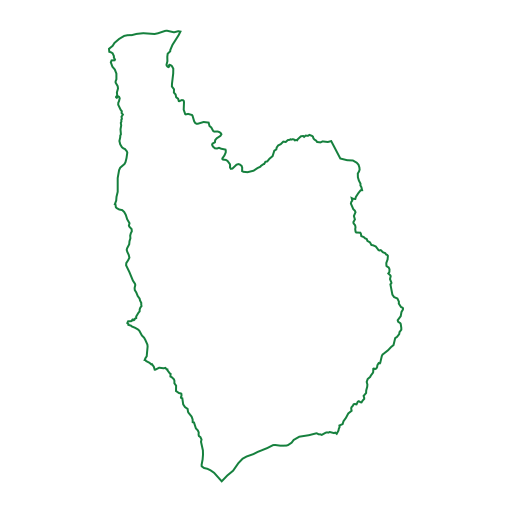 Sáchica, Boyacá, Colombia (Natural Earth projection)
{"feature_id": "7082276B53225686763348", "entity_name": "Sáchica", "entity_type": "district", "adm_level": 2, "iso_a3": "COL", "parent_name": "Colombia", "parent_adm1": "Boyacá", "projection": "natural_earth1", "projection_center": [-73.547, 5.577], "detail": "fine", "context": "isolated", "style": "outline", "palette": "green", "viewbox_px": 512, "rotation_deg": 0, "n_neighbors": 0, "source": "geoboundaries", "source_scale": "gbopen_adm2", "svg_char_len": 6060}
<svg xmlns="http://www.w3.org/2000/svg" viewBox="0 0 512 512"><path d="M340.3,158.5L331.2,141.1L327.8,142.0L322.6,141.4L320.5,142.4L317.1,142.0L316.2,140.7L314.5,139.6L313.5,138.5L312.9,136.6L312.0,135.9L309.4,134.9L308.0,135.8L305.6,135.6L304.1,136.9L303.2,136.0L300.9,136.3L297.6,139.4L297.2,140.3L296.0,140.0L294.9,140.4L294.2,139.6L292.8,139.2L291.3,139.6L290.5,139.3L289.7,139.8L287.8,140.1L285.7,142.0L283.3,141.6L280.7,144.2L278.2,145.4L276.7,147.5L276.3,149.4L274.3,150.7L272.6,156.1L269.4,158.8L267.3,161.4L265.4,161.8L264.2,164.0L263.7,164.0L260.9,165.9L260.4,166.7L257.6,168.0L253.6,170.7L247.5,172.2L243.4,171.8L242.1,171.1L242.2,167.7L241.6,165.9L239.8,164.5L238.4,164.1L236.5,164.7L232.4,168.6L230.8,168.8L230.0,167.4L230.1,165.0L229.8,164.0L227.5,160.9L225.8,159.9L223.0,159.6L222.3,158.9L222.4,158.3L224.4,155.5L225.7,152.5L225.8,150.7L225.5,149.6L221.1,148.7L219.0,147.8L217.0,148.5L214.9,148.3L212.9,146.5L212.1,144.8L212.5,143.6L214.9,142.3L215.2,140.1L216.7,138.3L220.4,135.9L221.4,134.3L221.0,133.4L219.6,132.2L217.7,131.5L214.2,131.6L213.1,130.9L211.3,127.5L209.5,126.0L208.6,122.6L203.6,122.0L198.0,123.7L196.7,123.8L195.3,123.1L194.2,121.4L192.5,115.7L192.0,115.0L188.1,113.9L185.7,114.4L185.2,114.1L183.7,109.7L184.0,102.1L183.7,100.8L183.0,100.2L181.7,100.1L179.3,101.2L178.8,101.1L178.1,98.7L176.2,97.3L175.6,94.5L173.9,92.6L174.0,89.3L171.9,86.5L172.0,83.6L173.2,73.5L173.3,68.7L171.9,66.1L170.7,65.2L169.4,64.8L169.0,65.3L169.1,66.6L168.5,67.1L167.6,66.7L166.7,65.6L166.5,64.8L167.4,61.2L167.3,56.7L167.7,53.7L170.2,51.3L170.3,50.0L172.5,44.8L178.6,35.2L180.4,31.6L178.3,31.2L174.0,32.3L166.9,30.7L165.1,30.9L157.9,33.3L154.5,34.0L143.3,33.2L136.6,33.9L131.9,35.1L127.6,35.2L124.2,35.9L119.3,38.8L114.5,42.9L112.6,45.9L109.0,48.8L109.3,51.8L111.2,52.4L112.6,53.3L113.9,56.1L113.9,57.6L115.0,59.6L114.6,60.3L111.6,60.4L110.8,62.3L112.4,66.7L114.8,69.5L116.4,73.6L116.4,79.3L115.6,81.3L115.6,82.6L117.7,86.2L118.0,88.5L116.9,92.4L117.2,95.5L116.1,96.8L116.1,97.3L116.8,97.8L117.7,96.6L118.3,96.4L119.1,96.9L119.7,98.3L119.0,101.2L118.3,102.7L118.2,104.7L120.7,109.9L121.8,111.2L121.6,113.0L122.9,114.6L121.5,116.7L121.9,118.9L121.3,119.8L121.4,121.6L120.8,122.9L121.2,125.4L120.5,129.3L120.9,134.3L120.3,135.5L120.2,137.4L119.4,141.0L120.2,144.3L121.9,147.2L123.4,148.4L124.9,149.0L126.8,151.3L127.3,152.6L126.5,158.1L125.5,162.1L124.5,164.0L120.2,167.7L119.1,170.1L117.7,178.0L117.7,191.8L116.5,196.8L116.2,200.6L114.9,204.1L115.4,204.2L115.9,207.3L116.7,208.1L119.2,209.5L122.2,210.1L124.2,212.0L125.8,214.9L127.2,219.3L129.5,223.2L128.9,225.6L129.3,226.6L131.6,229.1L131.8,231.3L130.8,233.3L130.2,235.6L130.4,238.3L129.5,241.2L129.2,244.3L127.1,248.3L126.7,249.9L127.3,251.9L128.7,254.8L129.4,257.7L128.1,260.3L126.3,263.0L126.1,265.3L129.4,272.1L132.9,280.6L135.0,283.8L135.3,285.0L134.6,288.0L134.8,290.1L136.3,292.5L137.7,296.0L139.6,298.6L140.0,300.4L141.3,303.0L141.2,304.2L141.5,306.1L140.4,307.5L139.7,309.3L139.6,311.4L138.4,312.8L136.2,316.5L136.2,318.1L134.9,318.7L134.3,319.9L133.8,320.2L132.9,319.4L132.3,319.7L132.1,320.6L131.1,321.2L128.1,321.3L127.3,323.1L128.4,324.1L128.4,324.9L130.9,325.6L131.9,326.5L134.9,327.7L137.9,329.4L139.3,330.7L141.9,335.5L144.1,337.7L145.3,339.9L147.4,344.6L147.6,346.6L146.7,356.3L145.4,358.2L144.7,360.0L145.4,360.1L146.2,361.1L149.5,362.8L151.3,364.4L151.9,364.1L153.8,366.7L154.7,369.7L155.3,369.7L159.2,367.7L163.6,368.3L165.4,367.9L166.5,369.2L167.4,369.4L167.4,370.2L169.8,373.4L170.6,373.9L170.4,376.5L171.9,377.3L174.0,379.4L174.4,380.8L174.4,383.3L176.1,385.7L176.0,391.0L179.0,393.1L180.9,393.4L181.4,393.9L181.5,395.8L180.9,397.3L181.1,397.9L182.3,398.3L183.2,404.4L185.0,407.1L187.6,408.9L188.0,411.7L188.4,412.6L191.6,416.6L192.6,419.4L192.7,422.2L194.0,422.5L195.9,428.4L197.8,430.4L198.7,432.4L198.6,434.8L198.9,436.0L200.4,437.1L201.5,439.5L201.0,441.8L202.9,450.4L203.0,454.7L202.6,459.5L201.6,464.8L201.7,466.3L204.0,468.0L207.4,468.8L210.5,470.3L214.1,472.8L221.7,481.3L227.4,475.4L233.1,470.7L238.4,463.1L242.6,458.7L246.6,456.5L253.4,454.1L257.7,451.9L267.4,448.0L273.1,445.1L275.2,445.0L280.5,445.7L286.2,445.6L288.0,445.1L291.6,442.7L293.7,439.9L299.3,436.7L308.9,435.2L316.0,433.4L316.7,433.3L318.7,434.3L320.2,434.3L321.7,434.9L325.7,432.7L326.9,432.4L328.5,432.6L329.7,432.0L334.0,433.1L335.3,432.6L336.7,433.8L338.5,430.5L338.8,428.8L339.6,427.0L339.4,425.5L342.6,424.1L343.5,421.2L345.9,417.9L348.3,413.4L351.6,410.8L351.2,408.6L351.4,407.4L352.9,405.7L353.6,404.3L355.0,403.9L356.0,404.4L356.5,404.4L357.8,401.7L358.8,401.2L360.6,402.3L361.5,402.4L362.7,400.5L364.2,398.9L364.2,397.8L363.6,395.9L366.1,393.0L366.2,390.5L367.2,386.8L367.4,384.6L366.7,381.9L367.7,379.0L370.2,376.9L370.8,375.6L372.9,372.8L373.2,372.0L373.3,368.8L373.9,368.5L375.0,369.1L376.3,368.5L377.1,367.1L377.4,365.2L378.5,363.3L378.8,363.0L379.8,363.4L380.2,362.9L381.8,356.1L382.5,354.6L388.1,350.2L391.1,347.0L393.5,345.1L395.2,338.1L397.0,336.9L399.2,334.1L399.5,332.1L401.3,329.7L401.3,327.9L400.7,323.9L400.3,323.2L398.1,321.7L397.7,320.2L400.7,316.2L401.5,311.9L402.9,309.6L403.0,308.4L402.7,307.8L401.0,307.0L398.8,303.6L398.9,301.7L397.4,298.5L394.1,297.1L392.4,294.7L390.4,284.3L391.3,283.4L391.4,282.6L390.0,279.1L390.7,276.1L390.2,275.2L388.3,273.5L389.4,271.9L389.5,269.3L388.7,267.5L386.6,266.2L386.4,265.5L386.3,263.0L387.6,259.4L387.9,255.9L387.2,254.9L386.1,254.5L385.3,253.2L382.8,252.2L381.0,250.3L380.5,250.1L379.4,250.5L378.5,250.1L375.8,246.5L373.1,245.3L371.4,245.0L370.0,242.4L367.4,240.9L366.7,239.0L365.0,238.3L363.8,237.1L361.3,236.1L360.9,233.8L360.3,232.7L356.2,232.5L355.6,231.8L355.2,229.1L355.5,227.4L355.3,226.0L355.0,225.1L353.6,223.4L353.4,222.1L354.9,219.4L353.9,216.0L355.5,212.2L354.8,210.6L353.3,209.2L350.9,203.6L351.3,201.9L352.3,200.6L351.7,198.1L353.1,198.8L355.3,199.0L355.9,196.9L358.3,193.2L360.6,190.3L362.1,190.2L361.4,187.2L360.4,185.4L360.5,183.7L358.9,180.6L357.9,177.3L357.8,173.5L359.0,171.5L359.6,169.7L359.4,167.5L358.5,164.7L356.7,162.7L352.9,160.5L347.1,160.2L340.3,158.5Z" fill="none" stroke="#15803d" stroke-width="2"/></svg>